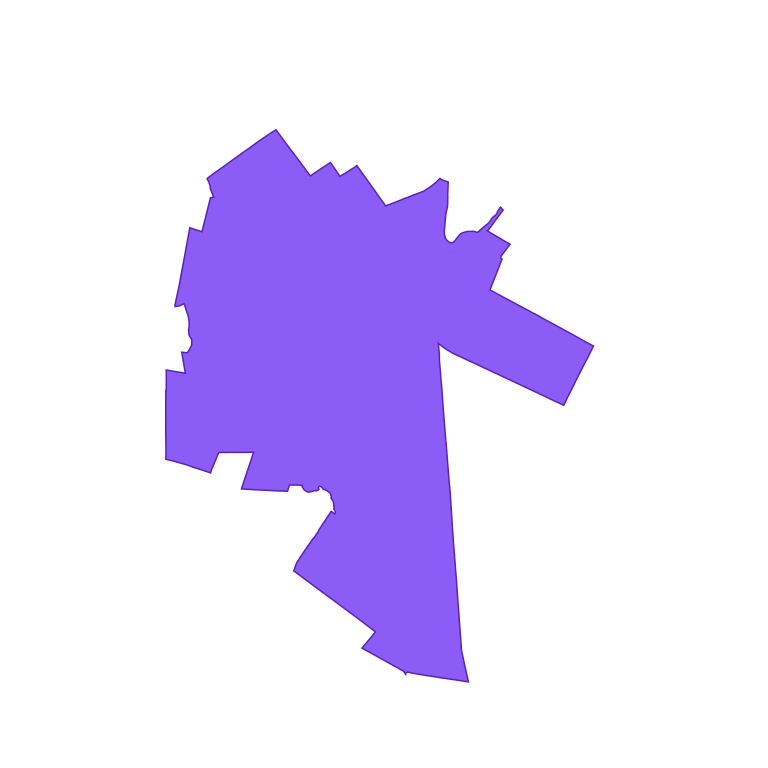 Albesti-Paleologu, Prahova, Romania (Equal Earth projection), rotated 45°
{"feature_id": "2599482B19983322409894", "entity_name": "Albesti-Paleologu", "entity_type": "district", "adm_level": 2, "iso_a3": "ROU", "parent_name": "Romania", "parent_adm1": "Prahova", "projection": "equal_earth", "projection_center": [26.24, 44.93], "detail": "fine", "context": "isolated", "style": "filled", "palette": "violet", "viewbox_px": 768, "rotation_deg": 45, "n_neighbors": 0, "source": "geoboundaries", "source_scale": "gbopen_adm2", "svg_char_len": 6122}
<svg xmlns="http://www.w3.org/2000/svg" viewBox="0 0 768 768"><g transform="rotate(45 384 384)"><path d="M654.4,534.8L653.2,534.2L651.0,532.8L638.8,525.1L632.4,520.9L629.4,519.0L627.0,517.4L626.3,516.8L614.8,506.8L610.5,503.1L607.5,500.6L605.2,498.6L601.2,495.1L599.2,493.3L590.8,486.2L590.2,485.7L586.0,482.0L578.0,475.0L573.6,471.2L566.5,465.2L559.0,458.7L557.4,457.4L555.3,455.5L552.3,453.0L547.3,448.8L541.8,444.0L534.3,437.5L530.4,434.1L528.3,432.2L507.0,413.5L497.1,405.3L476.3,387.5L460.5,374.2L444.1,360.2L434.4,351.8L429.7,347.7L424.5,343.3L420.8,340.3L415.8,335.9L410.6,331.6L405.8,327.5L403.2,324.8L393.7,316.8L400.9,315.9L404.1,315.3L409.5,314.0L412.7,313.0L436.7,304.2L439.7,303.1L445.3,301.1L454.6,297.8L456.4,297.0L465.2,293.9L472.4,291.3L501.8,280.7L509.0,278.1L516.2,275.6L521.4,273.6L526.2,272.0L525.9,271.2L525.8,270.9L524.3,266.5L523.4,264.2L520.6,255.6L516.5,243.5L515.3,239.9L510.9,226.2L508.2,217.7L506.1,211.6L505.3,209.0L496.2,211.8L480.9,216.1L474.5,218.0L469.4,219.5L453.3,224.3L451.6,224.8L444.2,226.8L437.4,229.0L433.2,230.2L430.0,231.2L423.2,233.3L392.4,242.6L392.2,242.1L379.2,212.2L377.9,212.3L377.7,212.3L376.8,211.8L376.6,211.5L376.3,210.6L374.4,196.1L348.9,202.6L349.0,202.4L348.8,200.9L348.1,195.9L347.1,189.8L345.3,176.8L341.4,176.5L341.3,177.1L341.4,177.6L341.7,178.2L341.8,178.8L342.0,179.9L342.1,181.0L342.3,181.6L342.5,182.0L342.6,182.4L343.3,183.8L343.4,184.3L343.4,184.9L343.4,185.5L343.4,186.1L343.5,186.6L343.2,187.5L343.0,188.5L343.1,189.3L343.3,191.3L343.9,194.3L344.1,196.5L343.6,200.8L343.1,208.7L343.0,209.9L342.8,210.6L341.9,211.3L340.4,212.1L339.5,212.5L337.5,214.6L336.6,215.6L335.3,216.9L334.8,217.6L333.4,220.1L332.6,221.6L332.2,222.6L332.1,223.3L332.0,225.1L332.1,226.3L332.4,229.2L332.5,230.0L332.9,232.4L332.9,233.2L332.8,234.2L332.8,234.9L332.5,235.5L332.2,236.0L331.7,236.5L331.2,236.9L330.3,237.4L329.4,237.7L327.7,237.9L327.0,237.9L326.4,237.9L325.8,237.7L324.3,237.3L323.6,237.0L322.9,236.5L321.4,235.8L320.7,235.4L318.6,233.3L311.1,224.3L307.5,220.1L305.7,217.2L303.9,214.3L302.5,212.5L301.6,211.6L300.5,210.3L299.4,209.4L297.7,207.4L296.0,205.9L294.0,203.8L286.5,195.7L285.4,196.3L283.8,197.2L280.0,198.8L279.1,198.9L278.2,199.0L278.2,200.0L278.2,200.8L278.2,201.2L278.2,202.2L278.2,204.9L278.0,206.5L277.3,212.1L277.3,212.3L277.1,213.4L276.7,215.0L275.8,219.2L275.6,219.9L274.2,223.0L272.2,227.4L270.8,230.5L270.0,232.4L269.9,232.6L269.2,234.3L267.7,237.5L267.4,238.0L266.6,239.9L265.8,242.1L265.0,243.8L264.1,246.1L263.0,248.6L261.0,252.9L259.2,256.9L256.9,256.5L244.8,254.6L242.1,254.0L220.2,250.4L214.9,249.5L211.7,249.0L210.3,248.7L210.1,249.6L210.0,251.5L209.1,255.1L207.7,261.4L206.0,268.4L201.9,267.5L192.6,265.8L189.5,265.3L186.6,279.1L185.4,285.3L184.8,289.0L171.7,287.0L158.6,285.1L155.3,284.6L152.0,284.3L150.3,284.0L134.2,281.6L132.1,281.3L127.8,280.6L126.4,287.0L123.7,301.1L123.1,304.8L121.4,315.7L121.0,317.6L118.6,332.2L117.1,341.6L116.1,347.7L115.2,353.0L114.8,355.1L114.2,359.5L113.6,363.5L114.6,364.5L115.7,364.5L116.3,364.6L117.1,364.9L118.7,365.8L120.0,366.4L120.8,366.8L121.2,367.1L121.7,367.5L122.7,368.4L123.8,369.0L125.3,369.6L129.7,371.6L131.6,372.1L131.5,372.3L129.6,375.0L147.6,405.1L136.2,410.8L162.1,448.4L164.7,452.3L168.0,456.9L175.8,468.9L180.2,475.8L181.4,477.0L182.0,476.4L183.1,474.7L184.1,473.4L184.9,471.3L185.2,470.2L185.8,468.6L188.0,469.6L189.2,470.2L190.0,470.7L196.8,474.1L198.3,475.0L199.3,475.6L202.7,478.2L204.9,480.6L205.3,480.9L205.8,481.2L206.7,482.8L208.0,484.4L209.9,485.8L211.3,487.1L212.3,487.5L213.2,487.7L214.7,488.0L216.2,488.5L217.1,488.9L217.7,489.5L218.3,490.2L220.2,492.1L220.4,492.5L221.2,494.7L221.7,496.0L222.5,499.3L222.8,501.0L221.4,502.2L218.5,504.5L235.9,516.9L220.1,528.1L226.2,534.0L234.6,542.6L234.3,542.8L237.1,545.7L255.7,564.4L267.1,575.7L271.8,580.2L280.6,589.0L282.9,591.5L288.1,588.3L290.7,586.8L292.0,586.1L300.9,581.1L303.0,580.0L305.7,578.8L307.8,577.9L311.7,575.8L316.0,573.6L323.9,569.6L324.2,569.5L323.5,568.1L322.2,565.6L321.3,563.1L320.3,560.7L316.8,552.3L315.6,549.2L331.6,533.1L335.3,529.4L340.0,524.5L341.0,526.5L344.1,532.4L353.4,551.2L356.8,557.8L357.3,558.8L357.4,559.0L367.9,549.7L371.9,546.0L382.0,537.0L391.6,528.0L388.5,522.3L397.8,513.3L398.2,513.7L398.7,514.3L398.9,514.5L399.2,514.6L399.9,514.8L400.6,514.9L401.2,515.1L401.8,515.2L402.4,515.3L403.7,515.1L404.4,514.9L405.5,514.7L406.2,514.4L406.7,514.1L407.1,513.8L407.8,513.0L408.4,512.0L409.7,509.6L410.0,508.9L410.3,508.6L410.8,508.2L411.1,508.0L411.5,507.6L411.9,507.0L412.3,506.1L412.5,505.0L412.5,504.5L412.5,504.4L412.2,504.2L411.2,504.0L411.0,503.8L410.7,503.0L410.6,502.6L410.6,502.3L410.7,501.9L410.8,501.7L411.9,501.2L412.8,501.0L413.7,501.1L414.7,501.3L415.1,501.4L415.6,501.3L416.0,501.2L416.5,500.9L417.0,500.6L418.1,500.0L418.5,499.9L419.3,499.7L420.2,499.7L421.5,499.5L422.8,499.4L423.5,499.4L424.0,499.5L424.4,499.7L425.4,500.4L426.2,500.9L426.9,501.5L427.2,502.1L427.3,502.2L427.5,502.3L428.5,502.3L428.8,502.3L429.1,502.4L430.2,502.7L430.9,503.0L431.8,503.4L432.3,503.7L433.4,504.5L436.1,506.8L436.5,507.3L436.7,507.6L436.8,507.8L437.1,508.0L438.3,508.2L438.9,508.4L439.5,508.6L440.0,508.9L440.4,509.2L440.6,509.5L440.8,509.9L441.0,510.7L436.7,511.3L437.8,516.7L438.7,520.9L439.6,526.1L440.3,529.2L441.2,533.5L441.4,534.0L441.7,534.2L441.8,534.5L441.9,535.0L442.0,536.1L442.3,537.3L442.8,540.0L443.1,541.5L443.3,542.6L443.4,542.8L443.3,543.1L443.3,543.3L443.1,543.5L445.7,557.7L447.2,565.4L448.1,569.4L448.4,571.0L448.7,572.3L451.6,578.3L452.3,580.0L470.9,577.2L477.2,576.3L483.2,575.4L486.7,574.9L499.2,573.0L515.4,570.6L520.3,569.9L524.3,569.3L531.5,568.2L547.8,566.0L553.2,565.3L553.3,566.0L553.6,568.7L553.7,570.4L554.3,576.3L554.7,581.6L554.9,582.9L555.1,586.3L567.1,582.9L572.2,581.4L576.8,580.1L599.1,573.8L600.1,573.5L600.6,573.4L601.2,573.3L601.9,573.4L604.1,574.0L604.6,574.0L604.2,573.6L604.1,573.3L603.9,572.7L604.0,572.0L604.4,571.2L604.8,570.7L605.9,570.1L607.3,569.1L607.8,568.9L615.1,563.7L617.2,562.3L619.4,560.7L623.0,558.0L629.0,553.6L632.2,551.4L634.7,549.4L639.3,546.0L650.4,537.8L651.9,536.8L654.4,534.8Z" fill="#8b5cf6" stroke="#5b21b6" stroke-width="1.5"/></g></svg>